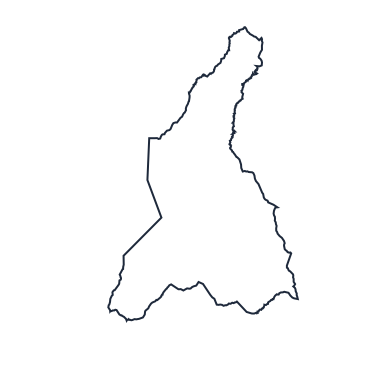 Tano South Municipal, Brong Ahafo, Ghana (Robinson projection), rotated 160°
{"feature_id": "2480657B7981851544250", "entity_name": "Tano South Municipal", "entity_type": "district", "adm_level": 2, "iso_a3": "GHA", "parent_name": "Ghana", "parent_adm1": "Brong Ahafo", "projection": "robinson", "projection_center": [-2.05, 7.161], "detail": "fine", "context": "isolated", "style": "outline", "palette": "slate", "viewbox_px": 384, "rotation_deg": 160, "n_neighbors": 0, "source": "geoboundaries", "source_scale": "gbopen_adm2", "svg_char_len": 5982}
<svg xmlns="http://www.w3.org/2000/svg" viewBox="0 0 384 384"><g transform="rotate(160 192 192)"><path d="M213.8,257.2L229.8,218.5L229.5,178.4L278.1,155.5L281.0,147.1L282.3,145.1L283.1,143.2L283.6,143.2L288.2,139.1L288.0,137.2L288.3,136.4L288.1,135.8L288.4,134.7L289.0,134.0L290.4,133.7L291.8,130.7L292.8,129.8L298.2,126.2L298.8,126.4L300.5,125.5L301.1,124.9L301.7,122.4L303.0,121.8L305.3,119.5L306.7,116.6L308.2,114.5L309.0,114.1L310.1,112.2L309.4,109.0L309.7,107.8L309.2,108.1L308.4,107.6L306.8,107.8L305.7,107.3L304.4,107.6L303.3,106.9L302.1,101.7L300.9,100.3L300.3,100.2L300.1,99.6L298.6,97.9L297.4,95.3L297.4,93.5L296.7,94.1L296.5,93.9L295.7,94.0L295.7,94.6L295.4,94.0L295.0,94.2L294.7,93.3L293.6,92.9L293.0,92.3L291.9,92.1L289.5,92.2L287.9,91.4L285.1,90.9L281.0,90.9L278.3,93.0L277.0,95.7L276.3,96.4L272.9,97.6L271.4,99.2L268.7,101.1L267.1,101.7L263.8,101.9L262.4,102.8L261.6,102.3L258.1,103.6L256.6,104.3L256.4,104.9L255.5,105.6L254.7,105.6L254.5,106.3L253.0,107.6L249.7,109.6L248.6,109.9L247.8,110.7L247.0,110.9L245.2,112.1L243.2,112.3L238.2,105.5L237.7,105.1L235.8,104.6L233.8,102.4L229.6,103.1L227.5,102.0L226.3,101.8L224.5,102.6L222.8,102.8L220.0,102.6L216.6,105.2L213.1,101.8L210.0,89.1L209.0,86.1L207.5,84.0L207.3,77.7L205.5,76.8L204.0,76.6L202.4,75.7L201.3,74.3L199.4,74.2L198.6,73.8L196.9,73.9L195.5,74.6L194.4,73.9L193.6,73.8L192.1,74.2L190.8,73.3L189.6,73.6L188.6,73.3L187.3,73.7L181.7,60.6L177.4,57.4L175.1,56.5L172.5,56.6L172.4,56.0L172.0,56.2L171.6,56.0L171.2,57.3L170.2,57.0L169.5,57.8L168.3,58.3L167.2,57.6L166.3,58.4L165.7,58.3L165.4,58.7L165.0,58.5L164.0,59.0L163.9,59.5L162.6,60.8L162.5,61.3L161.1,60.5L159.8,61.0L158.8,60.9L158.4,62.0L157.9,62.4L155.7,62.8L154.6,63.5L153.7,63.2L152.9,63.9L152.1,63.4L150.4,65.4L149.2,66.2L147.3,66.9L146.4,66.2L145.6,66.0L144.6,67.0L142.9,67.2L140.8,66.6L139.5,66.7L135.8,64.3L135.0,61.1L133.8,58.5L132.5,57.2L129.2,55.2L128.9,57.8L128.9,59.4L128.3,60.8L128.5,63.2L128.0,65.3L128.1,66.7L129.1,68.6L128.2,68.9L126.6,70.2L127.2,72.8L126.2,75.6L126.2,77.4L125.5,78.5L125.2,80.0L126.9,83.9L127.7,84.7L128.0,85.7L128.0,87.6L128.7,88.4L128.0,90.4L119.8,100.4L120.2,101.5L121.5,101.7L121.9,102.3L122.7,102.7L123.2,104.5L123.8,105.1L124.4,106.6L123.9,110.0L123.3,111.3L122.4,112.2L122.3,114.6L123.2,118.2L124.7,120.6L125.8,123.6L125.7,125.2L126.1,126.8L125.3,129.1L124.1,131.2L124.1,133.1L123.7,134.9L124.0,136.7L123.2,138.3L122.6,140.4L122.9,141.9L122.7,143.8L121.4,146.3L119.6,148.3L118.8,148.8L117.0,148.4L119.8,152.2L124.0,156.2L123.8,156.9L124.0,158.1L125.3,159.3L126.0,160.4L126.4,162.2L125.8,165.9L126.3,167.3L126.8,176.7L128.2,180.5L128.3,183.1L127.7,186.1L127.9,188.8L128.7,189.9L131.9,191.4L132.8,192.4L134.1,192.7L135.2,193.7L137.3,193.9L137.5,197.7L136.5,201.1L136.3,206.4L137.7,209.3L138.2,209.6L139.0,213.0L139.4,213.9L139.7,215.6L140.4,216.2L140.2,217.3L141.3,219.8L141.0,220.6L140.1,221.0L139.8,221.6L139.7,222.6L140.0,223.1L139.7,223.1L140.3,224.3L139.0,225.5L138.9,227.2L137.6,227.4L136.8,228.8L135.2,229.4L135.1,229.7L135.5,229.8L135.5,230.3L134.3,230.9L133.9,232.4L134.2,232.6L133.7,232.7L133.4,233.1L132.5,232.9L132.8,233.8L131.9,234.1L131.6,233.9L131.3,234.6L131.1,234.5L131.5,235.4L132.4,235.5L132.5,236.8L132.0,237.6L131.8,238.4L130.7,239.4L130.2,239.4L129.9,241.5L129.3,242.9L130.0,243.2L128.4,244.2L127.9,245.7L127.1,246.6L127.0,247.0L127.4,247.6L127.1,248.4L126.6,248.8L126.8,249.1L126.3,249.2L125.9,250.4L125.2,250.9L125.4,251.2L124.7,251.2L124.6,252.7L123.9,253.7L123.7,254.2L123.9,254.4L123.6,255.2L122.6,256.4L122.2,256.4L121.8,257.6L121.3,257.8L121.5,258.0L121.0,258.2L120.5,259.3L118.9,260.2L118.7,259.9L117.8,260.3L116.7,261.1L116.1,261.0L115.3,261.6L114.9,261.4L113.7,262.2L112.5,262.3L112.4,263.9L110.4,266.8L111.3,268.8L110.9,269.3L111.0,270.1L109.8,270.7L108.7,272.5L107.7,273.4L107.5,274.5L108.2,275.3L107.9,276.3L107.3,276.2L107.0,275.1L106.8,275.0L105.8,276.5L103.6,277.2L103.2,278.1L102.5,278.0L102.3,278.3L101.5,278.0L101.4,277.7L100.6,278.6L99.9,278.5L99.6,278.9L99.1,278.7L98.1,278.8L98.0,279.3L97.6,279.2L97.6,279.7L96.3,280.1L96.0,281.1L95.1,281.7L94.6,281.5L94.2,282.4L93.8,281.0L93.4,281.1L91.3,280.8L91.1,281.0L90.4,281.1L90.8,281.7L91.7,281.9L92.1,283.6L90.6,284.6L90.4,284.0L89.9,284.2L88.7,284.1L89.2,284.4L88.8,284.8L88.7,285.4L88.4,285.4L88.0,286.0L88.0,287.8L88.3,288.3L85.6,287.0L83.2,287.1L81.9,289.8L81.7,291.7L82.3,293.9L83.2,295.2L83.1,296.4L80.1,299.7L77.6,301.7L76.3,305.5L74.6,308.4L74.7,310.6L74.1,311.1L73.9,312.1L74.0,313.0L77.0,311.7L79.1,316.0L80.5,316.9L81.2,318.0L83.6,320.8L84.0,322.2L85.0,323.7L85.3,327.4L85.9,328.8L86.6,328.8L86.9,328.3L87.8,328.1L88.1,327.7L92.4,328.0L92.8,326.7L95.0,327.2L95.5,326.5L96.8,326.0L98.0,326.8L98.1,326.4L100.4,325.6L100.8,324.9L101.5,324.8L101.9,324.4L103.2,324.4L103.3,324.9L104.1,324.7L104.7,324.1L104.8,321.1L105.6,319.9L105.7,318.7L106.3,318.2L107.0,316.3L108.1,315.1L108.6,312.5L109.5,312.8L111.3,311.2L112.0,310.0L114.1,309.8L114.7,308.4L116.2,306.8L119.0,307.0L119.8,305.2L121.1,303.6L124.3,302.8L125.0,302.1L126.6,302.0L127.4,301.6L128.7,300.2L128.7,299.9L129.5,299.4L129.8,298.3L131.2,297.1L132.3,297.1L132.9,296.8L133.8,297.1L134.0,296.8L134.4,297.3L138.2,295.3L139.4,296.4L139.6,297.1L140.8,297.2L140.6,297.9L141.3,298.0L141.2,298.5L141.5,298.5L144.0,296.7L145.7,297.0L146.6,296.5L147.4,296.9L149.4,296.0L149.5,295.2L150.5,294.1L150.4,293.6L151.1,293.1L151.5,293.3L151.8,293.1L152.0,292.2L152.5,292.5L153.8,292.2L153.7,291.8L154.0,291.5L153.8,291.3L154.3,290.6L156.1,289.8L156.4,289.2L157.4,288.7L158.2,287.7L158.7,287.6L158.9,287.1L159.8,286.5L160.1,286.6L160.4,286.2L160.9,286.5L161.2,285.5L161.3,283.3L162.0,281.6L163.8,278.3L164.2,278.2L165.7,276.2L167.5,274.7L168.5,273.6L169.4,272.2L169.6,271.0L171.7,269.1L172.6,268.9L173.9,267.9L175.5,266.2L177.5,265.6L182.3,262.4L183.8,263.0L185.9,263.1L187.6,261.8L190.5,258.6L192.0,257.9L194.6,258.2L197.3,256.7L198.1,255.7L200.0,256.2L200.9,255.9L202.3,254.7L203.6,253.1L205.3,253.3L206.3,254.5L213.8,257.2Z" fill="none" stroke="#1e293b" stroke-width="2"/></g></svg>